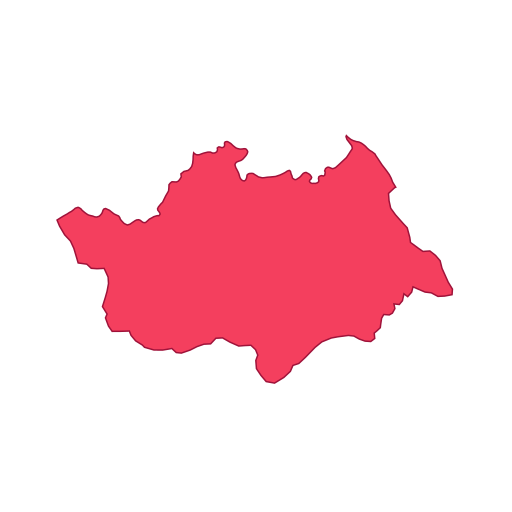 Braslaw, Vitebsk, Belarus (Mercator projection), rotated 227°
{"feature_id": "67162791B18102707107362", "entity_name": "Braslaw", "entity_type": "district", "adm_level": 2, "iso_a3": "BLR", "parent_name": "Belarus", "parent_adm1": "Vitebsk", "projection": "mercator", "projection_center": [27.102, 55.56], "detail": "fine", "context": "isolated", "style": "filled", "palette": "rose", "viewbox_px": 512, "rotation_deg": 227, "n_neighbors": 0, "source": "geoboundaries", "source_scale": "gbopen_adm2", "svg_char_len": 4523}
<svg xmlns="http://www.w3.org/2000/svg" viewBox="0 0 512 512"><g transform="rotate(227 256 256)"><path d="M418.0,135.0L411.8,132.7L402.0,130.5L393.5,130.5L385.8,128.0L379.0,124.6L372.2,121.2L365.4,126.7L359.4,127.1L355.2,131.0L350.5,136.5L341.5,133.5L336.4,129.3L331.7,122.9L328.3,117.3L323.7,109.2L315.1,107.5L313.4,103.7L305.3,100.3L299.0,99.4L293.8,105.0L287.5,112.2L283.2,110.5L276.0,110.1L268.3,112.2L265.3,112.2L256.8,117.3L250.8,123.7L245.7,131.4L239.8,131.8L235.9,135.2L232.1,143.7L230.0,151.0L227.0,157.8L222.7,162.9L223.2,170.6L218.9,175.7L210.8,178.2L201.9,182.0L198.5,186.3L194.2,191.4L187.8,191.8L182.3,189.7L179.7,184.6L173.3,179.5L165.3,178.2L157.2,177.8L150.4,182.9L148.2,193.5L148.2,202.5L150.8,208.4L148.2,214.0L148.2,222.9L148.9,236.9L148.3,245.6L144.7,255.1L141.2,260.6L137.7,265.5L134.9,269.4L130.7,273.0L124.8,274.9L119.4,277.7L115.2,281.6L114.7,286.6L119.0,289.9L118.8,293.1L118.8,298.0L120.9,300.5L124.8,305.4L126.1,309.5L122.0,313.3L121.2,316.8L122.8,321.7L126.9,324.2L122.8,327.7L123.4,332.6L127.5,338.4L122.8,339.2L123.4,345.2L126.4,349.8L121.2,352.0L114.4,355.0L109.5,359.1L102.4,361.5L98.0,366.7L94.0,373.0L97.8,377.1L105.7,378.7L113.0,381.2L120.1,383.6L126.9,387.4L134.0,387.7L141.1,386.6L145.5,381.2L150.6,380.1L160.5,378.2L164.8,381.2L173.5,385.8L179.3,385.8L191.0,386.1L199.1,387.1L205.7,391.0L211.4,395.6L211.4,404.0L211.0,405.1L216.8,406.3L220.7,407.9L224.7,409.0L229.2,409.6L232.2,409.9L236.7,410.3L243.8,411.5L247.7,412.1L249.5,412.6L253.1,412.0L255.8,411.2L258.7,410.9L261.6,410.9L264.0,410.6L266.8,410.0L269.2,409.0L271.1,407.5L274.3,405.7L276.8,404.8L280.2,404.3L282.4,404.2L281.9,403.2L279.2,402.0L276.2,401.7L273.4,401.4L271.4,401.2L269.2,400.0L268.6,398.9L268.0,396.1L267.2,393.1L266.3,389.3L266.3,386.0L266.3,381.0L266.3,378.2L266.4,374.4L267.2,372.3L267.8,371.4L269.3,370.7L271.3,369.8L272.2,368.7L272.5,366.5L271.4,364.2L270.2,363.9L269.3,362.8L268.2,361.3L268.5,359.8L270.0,358.9L270.8,357.4L271.1,356.1L270.2,354.6L268.1,353.2L267.6,352.3L267.7,350.8L268.6,348.9L269.7,347.9L270.3,347.1L270.9,346.5L272.0,345.9L273.4,345.8L274.2,346.0L274.8,347.0L274.8,347.9L274.8,349.0L275.6,350.4L276.9,350.7L278.6,350.9L279.8,350.7L281.1,350.3L283.0,349.6L283.8,348.3L284.2,346.9L284.0,344.5L283.8,343.0L283.8,341.3L284.0,340.4L284.3,338.5L284.6,337.4L285.2,336.6L286.2,336.2L287.4,335.9L288.4,335.9L289.3,336.5L290.0,336.9L290.9,337.2L292.2,337.7L293.3,338.3L294.3,338.9L295.7,338.9L296.2,338.2L296.8,336.8L297.2,334.3L297.8,332.1L298.8,329.0L299.7,327.0L300.8,324.6L301.7,323.4L303.6,320.9L305.6,318.4L306.4,317.3L307.7,315.4L308.9,313.9L310.3,313.0L312.2,311.7L314.0,311.3L316.0,310.7L317.4,310.4L318.4,310.1L319.4,309.2L320.8,307.5L321.3,306.3L321.3,304.6L320.4,303.6L319.3,302.0L318.6,300.1L318.9,298.5L320.4,297.6L321.4,297.4L323.1,297.4L324.7,297.9L325.8,298.5L326.8,299.0L328.2,299.7L330.0,300.3L332.1,300.9L334.4,301.5L337.1,302.8L337.8,304.3L337.9,305.7L337.6,306.8L336.8,308.7L336.2,310.0L335.8,312.1L336.0,314.8L336.2,316.6L336.5,318.2L337.0,319.6L337.8,321.0L339.2,321.6L341.3,321.6L342.6,320.5L343.6,319.0L345.1,317.2L347.5,315.6L348.9,315.0L352.2,314.5L355.5,314.3L358.3,313.5L359.5,312.9L360.5,311.3L360.1,309.9L359.1,309.2L357.9,307.9L357.7,306.5L358.4,305.0L360.5,303.8L361.3,303.0L361.4,301.3L360.0,300.4L359.0,298.5L359.0,298.0L359.5,296.1L360.8,294.5L363.1,293.5L364.8,291.7L366.0,289.6L367.1,287.6L368.2,285.0L368.7,283.7L369.8,282.3L370.9,281.4L372.6,280.9L374.0,280.8L371.9,278.2L369.3,275.6L367.0,272.9L365.3,270.0L364.8,267.1L364.9,264.8L366.0,262.7L367.0,261.0L367.3,257.1L364.8,255.3L364.1,252.9L363.7,250.3L364.4,248.3L365.6,247.1L367.6,245.2L367.8,243.2L367.5,241.0L365.6,239.1L363.2,236.4L361.5,230.8L360.2,227.4L359.0,224.3L359.0,222.3L358.5,218.3L357.7,216.2L356.4,215.4L354.8,215.3L352.7,214.9L351.9,214.2L351.7,212.4L352.7,211.5L353.3,210.5L354.5,208.0L354.9,206.1L355.7,203.2L355.7,200.4L355.8,198.1L356.6,197.0L357.8,196.2L358.9,196.0L361.0,195.7L362.5,195.0L363.8,193.3L364.3,191.6L364.8,188.5L365.2,185.6L366.4,183.1L368.4,182.2L370.0,181.7L372.3,181.7L373.8,181.7L375.5,181.9L377.1,182.6L379.0,182.8L380.6,182.1L383.2,181.0L384.7,180.7L387.2,180.3L389.4,180.0L391.6,179.1L393.3,178.4L394.1,176.9L393.8,175.3L393.0,173.9L392.3,172.3L392.0,170.2L392.0,168.5L393.1,166.1L394.6,164.8L396.6,163.8L398.5,162.5L400.3,161.4L402.4,160.8L404.6,160.4L407.9,160.0L410.1,160.1L412.4,159.4L413.0,159.0L414.2,156.4L414.2,154.6L414.5,151.4L415.1,149.2L415.5,146.7L416.6,142.3L417.4,138.3L418.0,135.0Z" fill="#f43f5e" stroke="#9f1239" stroke-width="1.5"/></g></svg>